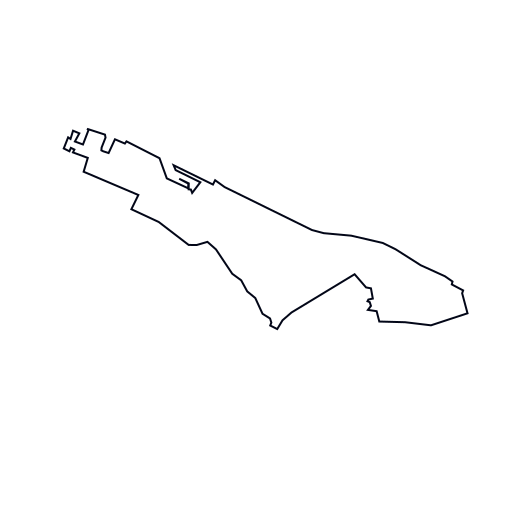 the district of North Inner City Lea-7, Dublin, Ireland, rotated 201°
{"feature_id": "5873133B14640921830681", "entity_name": "North Inner City Lea-7", "entity_type": "district", "adm_level": 2, "iso_a3": "IRL", "parent_name": "Ireland", "parent_adm1": "Dublin", "projection": "natural_earth1", "projection_center": [-6.235, 53.356], "detail": "fine", "context": "isolated", "style": "outline", "palette": "ink", "viewbox_px": 512, "rotation_deg": 201, "n_neighbors": 0, "source": "geoboundaries", "source_scale": "gbopen_adm2", "svg_char_len": 1153}
<svg xmlns="http://www.w3.org/2000/svg" viewBox="0 0 512 512"><g transform="rotate(201 256 256)"><path d="M321.3,312.1L321.8,307.3L365.4,311.2L361.8,307.4L334.4,304.9L338.2,292.0L340.6,294.7L342.8,294.1L344.8,299.7L355.4,300.6L345.1,299.3L343.6,294.9L367.1,296.5L381.1,312.7L418.0,316.6L418.7,314.0L429.5,314.4L430.5,299.3L436.2,299.0L438.2,299.2L439.0,301.9L438.9,312.6L440.5,315.2L459.3,314.2L457.5,313.7L457.5,298.1L466.1,298.0L464.9,307.2L471.7,307.4L471.1,298.8L473.9,299.4L474.0,287.5L467.7,286.9L467.6,290.6L463.7,290.3L464.0,287.1L448.2,287.3L447.1,272.9L387.7,270.8L389.1,255.0L359.0,252.9L322.8,242.2L315.3,245.0L306.4,251.8L295.7,247.8L271.8,230.9L261.1,228.0L251.5,219.8L241.6,216.5L229.2,204.4L220.5,202.7L217.8,199.3L217.8,196.2L210.0,195.4L208.2,205.5L202.6,216.0L157.4,274.3L142.0,266.1L137.1,267.0L131.7,258.1L135.5,255.6L135.7,253.7L133.3,253.7L130.8,250.6L132.2,245.8L123.6,247.7L117.4,239.0L93.1,247.6L67.8,254.0L38.0,278.3L50.2,295.1L50.3,298.1L63.0,299.6L63.4,302.6L72.4,304.8L98.9,306.4L128.1,312.3L142.3,313.6L174.4,309.1L200.9,301.6L213.1,300.3L310.0,309.1L321.3,312.1Z" fill="none" stroke="#020617" stroke-width="2"/></g></svg>